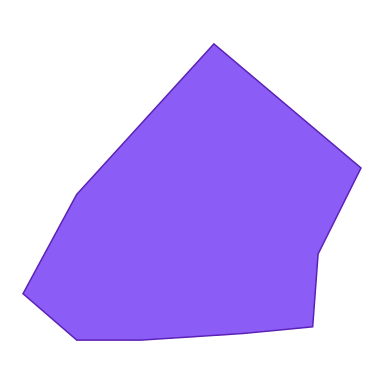 SVG path tracing the border of Cospicua
{"feature_id": "MLT-5955", "entity_name": "Cospicua", "entity_type": "state/province", "adm_level": 1, "iso_a3": "MLT", "parent_name": "Malta", "parent_adm1": "", "projection": "albers", "projection_center": [14.521, 35.88], "detail": "fine", "context": "isolated", "style": "filled", "palette": "violet", "viewbox_px": 384, "rotation_deg": 0, "n_neighbors": 0, "source": "natural_earth", "source_scale": "10m", "svg_char_len": 248}
<svg xmlns="http://www.w3.org/2000/svg" viewBox="0 0 384 384"><path d="M361.0,168.0L318.1,254.0L312.7,326.8L243.0,333.5L141.0,340.1L76.7,340.1L23.0,293.7L76.7,194.4L213.9,43.9L361.0,168.0Z" fill="#8b5cf6" stroke="#5b21b6" stroke-width="1.5"/></svg>